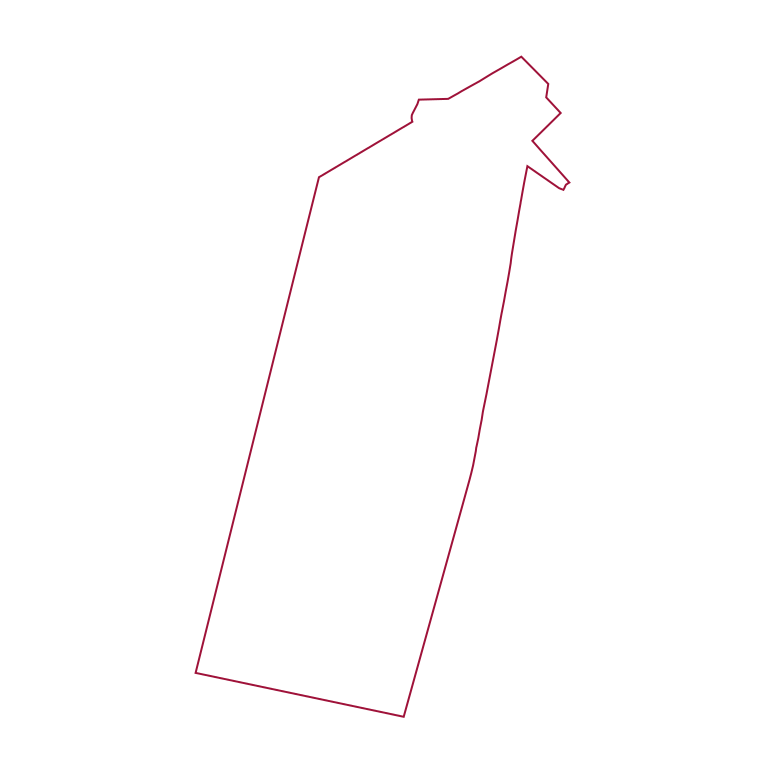 outline of Chahuites, Oaxaca, Mexico, rotated 2°
{"feature_id": "50627088B15401980188153", "entity_name": "Chahuites", "entity_type": "district", "adm_level": 2, "iso_a3": "MEX", "parent_name": "Mexico", "parent_adm1": "Oaxaca", "projection": "equal_earth", "projection_center": [-94.19, 16.276], "detail": "fine", "context": "isolated", "style": "outline", "palette": "rose", "viewbox_px": 768, "rotation_deg": 2, "n_neighbors": 0, "source": "geoboundaries", "source_scale": "gbopen_adm2", "svg_char_len": 1191}
<svg xmlns="http://www.w3.org/2000/svg" viewBox="0 0 768 768"><g transform="rotate(2 384 384)"><path d="M532.6,145.1L526.1,138.2L523.8,135.8L535.1,123.9L551.1,107.0L536.1,91.9L537.7,78.4L532.3,73.3L509.8,52.1L504.6,55.4L496.6,60.3L492.0,63.2L484.1,68.1L481.5,69.7L477.1,72.6L469.0,78.0L460.0,83.4L451.4,88.6L447.6,91.1L444.1,93.2L438.2,96.8L408.9,98.6L407.6,103.1L403.2,112.4L402.4,114.4L402.3,117.2L402.8,119.8L403.2,120.9L312.0,179.5L311.8,179.6L300.8,231.2L270.0,376.5L237.0,532.1L205.8,679.3L415.3,715.9L466.6,502.7L472.8,476.8L474.3,470.1L475.9,462.2L478.1,447.9L478.4,444.4L478.7,443.0L480.1,435.0L481.3,426.1L482.7,417.3L482.8,416.8L483.8,408.2L486.8,390.4L487.3,387.1L491.9,357.5L495.1,336.9L496.9,324.6L498.1,315.8L499.1,309.0L499.2,308.4L499.4,307.4L499.5,306.6L501.0,297.2L502.4,287.3L503.9,277.5L505.2,268.1L506.4,258.8L506.7,254.9L507.3,249.2L508.5,239.9L510.3,225.9L511.7,216.1L513.0,206.4L514.1,198.9L514.3,197.0L514.6,195.3L515.1,191.6L515.7,187.3L517.1,177.6L518.6,168.2L519.7,161.3L552.2,182.2L556.5,183.7L557.3,182.2L557.9,180.7L558.7,178.8L559.2,178.2L559.9,177.8L560.8,177.1L562.2,176.2L557.0,170.7L532.6,145.1Z" fill="none" stroke="#9f1239" stroke-width="2"/></g></svg>